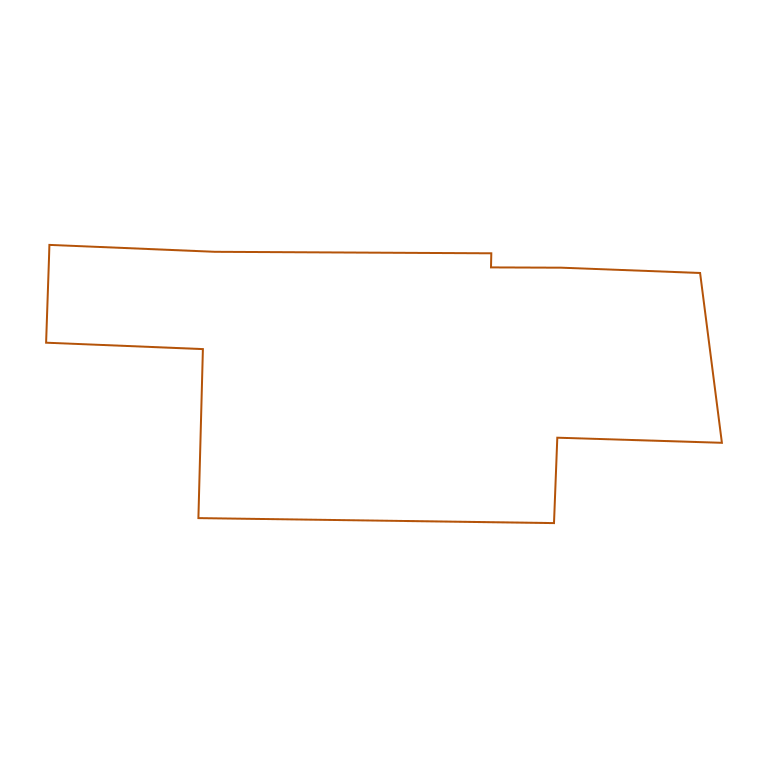 the district of Audrain, Missouri, United States of America
{"feature_id": "52423323B81117065692480", "entity_name": "Audrain", "entity_type": "district", "adm_level": 2, "iso_a3": "USA", "parent_name": "United States of America", "parent_adm1": "Missouri", "projection": "mercator", "projection_center": [-91.909, 39.203], "detail": "fine", "context": "isolated", "style": "outline", "palette": "amber", "viewbox_px": 768, "rotation_deg": 0, "n_neighbors": 0, "source": "geoboundaries", "source_scale": "gbopen_adm2", "svg_char_len": 291}
<svg xmlns="http://www.w3.org/2000/svg" viewBox="0 0 768 768"><path d="M49.4,244.9L49.0,258.3L46.1,342.7L202.9,349.1L198.4,518.1L554.0,523.1L557.3,437.7L721.9,442.8L700.1,273.0L561.6,267.7L491.0,267.4L491.3,253.3L214.9,251.8L49.4,244.9Z" fill="none" stroke="#b45309" stroke-width="2"/></svg>